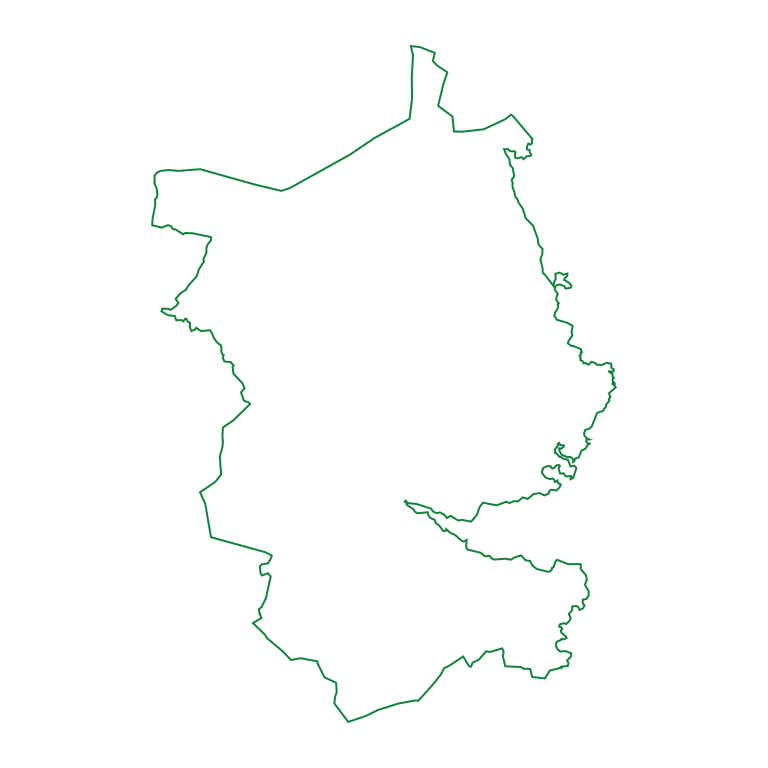 Andzeļu pag., Dagdas, Latvia (Albers equal-area conic projection)
{"feature_id": "27541924B17639902411602", "entity_name": "Andzeļu pag.", "entity_type": "district", "adm_level": 2, "iso_a3": "LVA", "parent_name": "Latvia", "parent_adm1": "Dagdas", "projection": "albers", "projection_center": [27.55, 56.191], "detail": "fine", "context": "isolated", "style": "outline", "palette": "green", "viewbox_px": 768, "rotation_deg": 0, "n_neighbors": 0, "source": "geoboundaries", "source_scale": "gbopen_adm2", "svg_char_len": 6117}
<svg xmlns="http://www.w3.org/2000/svg" viewBox="0 0 768 768"><path d="M175.6,298.9L178.4,303.0L176.0,306.1L170.6,309.9L168.4,308.9L162.2,308.6L161.5,311.4L168.0,315.2L174.7,316.0L176.3,320.3L181.6,320.1L183.5,321.4L185.1,318.8L186.5,318.9L187.6,321.6L189.9,322.8L189.9,327.5L191.4,331.0L194.7,329.7L196.2,327.9L201.0,331.1L209.9,330.2L212.1,333.5L213.9,338.0L217.0,342.4L220.8,345.3L221.5,348.2L221.3,351.8L222.4,354.3L223.7,355.1L222.7,357.5L224.4,361.5L230.8,362.1L233.6,365.7L232.6,366.9L233.4,373.7L242.4,383.2L244.6,388.3L241.0,392.3L243.4,399.3L244.2,400.9L248.7,402.4L250.1,404.0L233.3,420.4L223.0,427.4L222.4,434.7L222.9,442.7L222.5,446.7L219.8,456.7L221.1,474.5L215.3,481.9L200.0,492.3L205.1,503.2L211.0,537.2L265.2,552.2L271.7,555.4L271.3,557.6L268.1,563.3L261.6,564.4L259.9,566.4L260.5,573.1L262.0,575.5L267.9,573.2L270.7,576.3L265.9,598.2L261.6,607.0L258.9,609.3L259.1,611.9L260.1,613.7L259.6,614.0L261.5,618.0L253.0,623.1L265.2,634.9L266.8,638.0L282.3,651.0L291.1,660.0L300.7,658.2L317.2,661.3L317.7,663.7L324.5,677.3L336.1,682.8L336.7,692.3L335.0,697.0L334.3,703.4L348.2,721.9L366.2,715.8L377.9,710.0L398.1,703.6L415.5,700.4L418.3,700.8L433.5,683.8L440.9,674.4L444.2,668.1L449.5,665.6L463.1,656.5L469.2,666.4L471.0,666.7L472.6,662.7L478.9,659.6L486.1,651.3L490.0,652.0L502.1,648.4L503.4,650.9L503.5,654.1L502.7,655.6L505.3,666.3L520.8,667.0L523.2,668.6L530.2,669.0L532.2,677.0L545.0,678.4L549.8,670.5L559.1,668.3L561.3,666.8L561.5,667.7L562.4,666.5L567.8,666.0L568.5,663.2L567.0,660.4L570.9,656.8L571.2,653.3L565.4,651.1L560.2,651.5L557.6,649.5L555.9,645.6L556.7,641.8L560.8,640.0L561.4,638.9L563.6,639.4L566.6,638.0L565.6,636.1L561.4,632.8L560.9,630.5L562.2,628.9L561.0,627.0L559.3,626.9L559.1,626.0L560.1,624.2L564.3,623.2L566.0,624.1L569.3,621.2L570.7,618.2L568.8,614.0L572.1,610.3L572.2,606.5L576.1,605.9L578.2,606.9L579.5,609.8L582.6,608.7L584.6,605.5L582.8,603.4L582.7,599.7L586.5,598.9L588.6,595.6L588.7,591.4L584.9,584.6L586.9,579.7L585.9,575.2L580.6,568.8L580.9,564.8L580.5,564.1L568.0,564.1L557.0,559.8L555.6,561.3L553.6,567.1L551.9,568.0L551.9,569.5L549.9,571.5L547.7,571.7L536.8,569.0L532.6,565.8L530.0,561.0L525.6,560.3L521.1,555.4L514.3,557.5L511.0,559.7L505.0,558.7L494.0,559.6L492.1,558.7L489.6,555.8L485.0,556.3L480.7,552.8L467.4,549.5L466.1,547.2L466.6,540.0L464.2,541.4L462.3,541.3L454.7,534.7L450.1,532.8L446.2,529.1L446.0,530.6L443.4,531.2L439.3,525.6L435.8,523.0L434.9,520.0L430.2,517.8L428.4,515.1L427.8,512.3L417.2,513.2L414.7,511.5L413.3,509.0L406.9,505.0L406.4,504.0L407.1,502.8L404.8,501.6L405.7,500.6L406.9,502.4L408.9,503.2L416.7,504.0L431.2,508.7L433.1,511.6L436.6,513.1L440.0,512.4L444.8,515.2L446.9,518.0L450.5,515.8L458.2,520.5L462.1,519.9L471.1,521.6L476.8,515.0L479.9,506.5L483.0,502.7L496.7,505.3L506.1,501.8L509.5,503.0L513.8,501.2L518.0,501.4L522.7,497.4L527.8,498.9L533.5,494.1L539.8,493.1L544.3,495.4L548.5,493.6L549.6,490.6L551.3,489.7L556.5,490.5L559.7,487.2L560.8,484.4L557.8,482.9L557.4,480.5L555.0,482.0L554.1,479.6L552.3,478.4L550.1,479.1L545.9,477.8L541.8,472.9L541.9,471.1L542.9,469.6L542.8,468.2L547.5,466.0L550.7,466.4L551.7,468.3L553.5,468.3L556.8,465.2L559.2,465.1L559.9,465.9L558.7,468.1L558.8,469.6L560.1,473.6L563.6,473.3L565.2,475.8L566.9,476.5L570.6,475.8L571.3,476.5L570.3,478.5L570.5,479.3L573.1,478.0L576.4,468.0L574.3,465.8L570.5,466.5L568.0,459.9L562.7,458.5L561.2,457.0L559.2,456.7L556.3,453.1L555.2,453.2L555.0,449.4L557.8,445.7L557.8,443.8L559.2,443.0L560.0,444.9L564.0,445.5L563.5,446.9L561.1,448.7L559.1,448.4L559.5,450.8L561.5,454.7L567.5,457.2L570.5,456.9L573.3,459.3L573.1,462.0L574.1,461.4L575.0,458.7L578.7,457.4L581.5,450.6L585.5,448.7L587.7,444.9L590.5,443.4L587.7,443.6L586.2,441.3L586.5,439.7L589.3,439.4L586.6,438.2L584.4,435.5L584.1,433.3L585.3,429.9L588.8,428.9L591.7,426.6L597.1,412.9L603.2,410.9L604.0,408.8L606.1,406.7L606.0,404.8L609.4,400.7L608.8,399.1L610.3,397.1L609.0,393.1L615.8,387.4L614.2,385.6L614.8,384.7L614.5,384.0L612.6,384.2L612.7,382.8L614.1,382.6L613.0,381.5L612.5,379.5L614.0,377.8L612.5,376.6L612.7,374.3L608.3,371.1L612.4,371.8L613.8,371.0L613.8,369.6L611.4,367.7L611.2,363.7L606.3,362.8L602.4,364.9L596.7,364.7L595.0,362.9L591.5,361.8L588.5,364.7L585.2,362.9L583.6,363.3L582.6,361.2L580.2,359.9L580.7,357.4L579.5,355.9L580.9,354.7L580.6,352.9L582.0,352.0L581.0,350.6L581.0,349.1L573.3,346.0L571.7,346.2L567.8,343.3L568.8,340.6L572.1,336.0L572.3,334.3L571.5,332.5L572.6,325.8L566.8,322.6L556.9,319.8L554.3,315.8L554.9,313.1L557.7,308.4L558.2,304.9L557.7,304.1L558.7,303.2L556.1,299.8L556.4,297.0L557.8,294.0L554.9,289.8L554.7,287.9L556.4,285.4L559.8,284.4L564.5,286.2L564.9,287.8L566.0,288.5L570.5,287.8L571.5,286.0L569.2,282.8L564.0,279.9L565.0,277.9L567.3,275.9L567.4,273.6L563.7,274.7L559.6,272.6L555.4,273.8L555.7,279.2L554.1,282.0L553.6,286.0L544.0,273.6L543.4,273.7L542.6,272.2L542.7,268.9L540.4,259.3L542.4,253.6L542.5,249.0L538.7,244.9L537.7,238.6L533.1,225.7L525.6,218.1L522.9,208.9L518.6,202.6L517.1,198.7L515.3,196.8L514.2,191.0L512.8,188.4L512.4,184.4L512.8,183.2L511.7,180.7L512.4,178.3L513.7,177.3L514.0,175.3L512.7,168.0L509.7,164.4L509.6,159.5L505.6,153.4L504.1,149.2L508.1,149.1L510.1,151.2L514.9,151.4L515.5,152.4L514.7,156.2L515.4,157.8L517.7,158.3L521.4,157.1L523.5,159.2L526.8,156.2L530.3,156.0L531.3,154.9L529.8,152.5L529.6,150.0L527.0,149.4L526.9,147.0L528.3,143.6L530.5,144.6L532.0,143.4L531.8,138.9L532.2,138.8L513.1,116.2L511.0,114.7L505.1,119.3L483.6,129.3L462.1,131.7L453.9,131.4L452.5,116.6L438.1,105.8L443.3,84.5L447.3,72.3L437.2,65.6L432.9,60.9L434.8,52.9L419.7,47.0L410.9,46.1L413.0,55.3L411.8,76.6L412.0,98.9L409.6,118.8L374.3,138.1L350.5,154.3L290.0,188.0L281.5,190.9L254.7,184.5L200.1,169.2L178.6,170.9L168.6,170.0L160.7,170.9L156.8,172.7L154.5,175.7L154.7,182.2L154.1,182.8L156.6,188.0L157.4,194.3L156.6,198.0L155.0,199.4L155.3,204.8L152.6,218.4L152.2,225.3L161.8,227.6L168.1,225.1L171.4,226.5L172.8,229.2L175.3,229.3L183.2,234.3L185.2,233.0L192.8,233.3L211.1,237.1L211.0,240.2L207.8,244.3L206.4,247.7L206.4,252.9L203.4,259.1L204.0,261.5L199.0,269.1L196.7,276.3L188.1,285.9L186.2,289.6L180.6,293.1L175.6,298.9Z" fill="none" stroke="#15803d" stroke-width="2"/></svg>